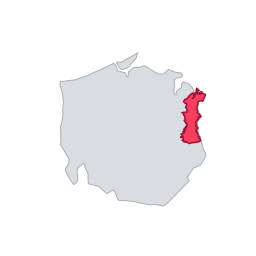 Kambia, Northern, Sierra Leone shown in context, rotated 135°
{"feature_id": "65957751B7874629800584", "entity_name": "Kambia", "entity_type": "district", "adm_level": 2, "iso_a3": "SLE", "parent_name": "Sierra Leone", "parent_adm1": "Northern", "projection": "mercator", "projection_center": [-13.013, 9.222], "detail": "fine", "context": "in_parent", "style": "filled", "palette": "rose", "viewbox_px": 256, "rotation_deg": 135, "n_neighbors": 0, "source": "geoboundaries", "source_scale": "gbopen_adm2", "svg_char_len": 6397}
<svg xmlns="http://www.w3.org/2000/svg" viewBox="0 0 256 256"><g transform="rotate(135 128 128)"><path d="M206.4,126.4L206.2,128.0L204.7,135.5L202.4,142.0L200.9,143.5L194.3,145.2L191.5,148.1L189.1,157.2L187.5,164.4L185.2,165.6L175.6,175.9L169.2,179.9L164.8,183.2L160.6,187.6L155.4,191.9L149.7,199.1L145.7,206.6L142.9,208.9L140.9,206.8L131.2,199.4L121.1,194.5L99.5,186.2L92.3,183.9L92.5,180.9L95.0,175.6L91.0,169.3L92.6,164.7L91.0,164.7L87.9,167.5L81.3,166.7L76.9,162.7L73.4,161.3L71.8,159.3L69.5,148.9L67.9,144.2L64.6,141.3L57.9,140.6L55.2,134.2L51.5,129.3L52.1,126.3L55.1,126.4L57.5,128.6L61.2,129.6L65.9,124.2L70.1,121.4L71.1,118.8L70.6,117.4L68.1,119.6L61.1,119.0L59.3,121.0L56.2,121.6L53.8,115.4L53.9,111.7L54.9,107.6L62.0,107.0L62.6,105.6L57.7,104.8L51.6,100.1L50.5,96.8L53.5,95.7L56.4,96.2L58.9,96.9L61.6,95.8L64.2,94.0L65.7,91.7L67.8,85.6L74.4,83.6L78.3,79.8L82.0,74.0L83.7,69.9L85.2,67.9L86.2,66.1L86.9,64.2L88.5,62.4L90.3,58.1L91.5,54.1L95.3,52.3L103.1,50.6L110.1,53.4L121.4,51.0L122.0,47.3L132.5,47.2L144.8,47.1L155.1,47.1L158.6,48.1L159.9,50.8L163.2,55.1L166.8,58.1L171.2,64.7L176.2,72.3L181.7,79.2L185.3,82.9L185.7,84.2L185.4,85.7L183.7,89.2L182.2,93.0L182.3,94.4L183.4,95.1L189.1,96.3L189.7,100.5L189.7,106.4L192.5,111.8L195.1,115.8L195.0,117.2L188.5,124.1L186.0,130.8L184.7,132.7L184.2,134.3L185.5,135.0L187.2,134.5L189.8,135.1L192.2,135.3L195.3,132.8L200.6,126.6L202.4,125.9L206.4,126.4ZM90.2,181.3L89.4,182.6L86.0,179.3L68.1,174.2L73.2,171.6L85.6,170.8L89.2,172.3L90.9,173.6L91.5,176.1L90.2,181.3Z" fill="#d9dde1" stroke="#a8b0b8" stroke-width="1"/><path d="M94.8,86.2L94.6,85.2L95.1,84.4L95.0,83.7L95.0,83.3L95.2,82.9L95.5,82.9L95.5,83.5L95.9,83.7L96.2,84.2L96.6,84.5L96.9,84.5L97.2,84.3L97.4,84.0L97.2,83.6L96.5,83.2L96.2,82.9L96.1,82.6L96.0,82.0L96.5,81.6L96.8,81.0L97.0,80.6L97.3,80.3L97.6,80.5L97.7,80.9L97.8,81.0L98.2,81.0L98.5,80.8L98.3,80.3L97.9,79.7L98.0,79.3L98.3,78.5L98.0,78.1L97.7,77.8L97.1,77.7L96.7,77.8L96.4,77.4L96.8,76.7L96.7,76.3L95.9,75.3L95.8,74.0L95.5,73.6L94.9,73.3L93.2,72.4L91.4,70.8L90.7,70.3L89.6,69.8L89.2,69.1L89.0,68.9L88.8,68.9L88.4,69.0L87.9,68.8L87.8,68.7L87.4,68.6L87.4,68.3L87.0,67.9L86.5,67.9L85.7,67.5L85.4,68.2L85.2,68.4L84.9,69.4L84.6,69.6L84.6,69.9L84.9,70.6L84.3,70.5L83.9,70.8L83.5,71.2L83.6,71.5L83.9,71.8L84.1,72.1L84.0,72.6L83.3,73.6L82.9,74.2L82.7,74.4L82.8,74.7L82.8,74.9L82.6,75.0L82.4,75.2L82.3,75.9L82.1,76.2L82.5,76.4L82.0,76.8L82.3,77.3L82.0,77.5L82.0,78.0L81.8,77.9L81.5,77.5L81.2,77.6L80.9,77.8L80.7,78.1L80.7,78.5L80.8,78.7L80.8,79.0L80.6,79.0L80.4,78.7L80.2,78.6L79.9,78.7L79.6,78.7L79.1,78.4L78.6,78.4L78.5,78.7L78.3,79.0L78.3,79.8L78.5,80.3L78.4,80.3L78.4,80.6L78.5,80.7L78.8,80.8L78.7,81.3L78.5,81.5L78.0,81.7L77.4,81.5L77.5,82.0L77.1,82.6L76.7,83.0L76.9,83.5L76.6,83.8L76.0,83.9L75.5,84.5L74.8,84.0L74.2,84.3L73.9,84.3L73.5,84.8L73.4,84.6L73.1,84.2L72.9,84.1L72.6,84.3L72.3,84.3L71.9,84.1L71.5,84.5L71.6,84.8L71.7,85.1L71.4,85.2L71.0,85.2L70.8,85.3L70.4,85.8L70.3,85.5L70.1,85.6L70.0,85.4L69.9,85.3L70.0,85.3L70.1,85.1L69.9,84.9L69.7,84.6L69.2,84.4L68.6,84.3L68.0,84.8L68.3,85.5L68.2,85.9L67.9,86.5L67.7,86.9L67.9,86.9L67.7,86.9L67.6,87.1L68.0,87.9L67.9,89.8L68.0,89.9L67.8,89.9L67.1,90.3L66.9,90.6L66.1,92.0L66.2,92.4L65.7,93.0L63.4,94.5L62.9,94.9L61.9,95.1L61.3,95.4L60.9,96.2L60.8,96.5L60.5,96.8L60.0,96.8L59.0,96.7L58.2,96.7L57.9,96.2L57.0,95.4L56.4,94.3L55.5,94.4L55.3,94.3L52.2,95.6L50.4,96.3L49.7,96.9L49.6,97.1L50.9,99.7L50.7,99.6L50.5,100.0L50.4,100.0L50.3,100.4L50.4,100.6L50.3,101.7L50.4,101.8L50.6,102.0L50.8,101.9L51.4,102.1L51.8,102.1L52.1,102.0L52.1,101.8L52.3,100.8L52.4,100.7L52.5,101.1L52.5,101.8L52.9,102.0L52.7,102.4L53.2,102.3L53.3,102.2L53.3,101.8L53.5,101.5L53.7,102.1L55.0,103.4L55.4,104.0L56.2,104.2L57.3,104.3L57.5,104.2L58.0,103.8L58.3,103.5L58.3,103.4L58.6,103.2L59.1,103.0L59.4,102.9L59.6,103.0L60.2,103.0L61.2,103.2L61.2,103.4L60.9,103.4L60.0,103.2L59.6,103.5L59.2,104.0L58.4,104.8L58.0,105.1L57.5,105.1L56.4,104.9L56.3,105.1L55.6,105.0L55.3,105.1L55.4,105.3L56.0,105.5L56.9,106.0L58.1,107.1L58.6,107.3L59.6,107.5L61.3,107.4L61.8,107.5L62.7,107.5L63.2,107.4L64.6,107.2L64.9,107.0L65.8,107.1L67.5,108.0L68.0,107.9L69.2,107.6L69.7,107.6L70.1,107.4L70.1,105.0L69.6,104.5L69.2,103.9L69.5,103.7L69.7,103.3L70.2,103.2L70.6,102.8L71.0,102.6L71.0,102.3L71.8,102.2L72.0,102.0L72.5,102.0L72.8,101.9L72.8,101.6L72.6,101.1L72.6,100.9L72.8,100.7L72.8,100.2L73.1,99.7L73.4,98.5L73.8,98.7L74.0,98.7L74.7,98.0L75.4,97.7L76.2,98.6L77.0,99.2L77.0,99.4L77.5,99.7L77.7,99.8L78.0,99.7L78.3,100.1L78.9,100.4L78.8,99.8L78.5,99.6L78.2,99.4L78.1,99.0L79.0,98.4L79.3,98.2L79.6,97.6L79.3,97.0L79.6,96.2L80.3,95.6L80.6,95.0L80.7,94.6L81.2,94.2L81.4,93.8L82.9,93.7L83.1,93.5L83.0,93.0L82.8,92.5L83.1,92.5L83.4,91.8L83.7,90.7L83.2,89.8L83.2,89.3L83.3,89.0L84.0,88.4L84.5,88.7L84.9,88.4L85.2,88.3L85.5,87.9L85.6,87.2L85.8,87.2L86.2,87.2L86.3,87.5L86.3,87.8L86.5,88.1L87.6,87.7L88.0,87.7L88.4,87.5L88.6,87.3L88.2,86.4L88.3,86.3L88.8,86.2L89.1,86.3L89.3,86.6L89.1,87.0L88.8,87.4L89.2,87.6L89.5,87.6L89.9,87.5L90.0,86.7L90.1,86.4L90.6,85.9L90.4,85.1L90.6,85.1L90.9,85.2L91.5,86.5L91.9,86.3L92.0,86.1L92.1,85.1L92.5,85.4L92.9,85.5L93.4,85.3L93.9,85.5L94.6,86.2L94.8,86.2ZM54.7,103.9L54.4,103.8L54.1,103.8L53.7,104.0L53.6,103.9L53.5,104.1L53.5,103.9L53.4,103.9L53.3,104.3L53.2,104.4L53.2,104.7L53.7,105.2L53.9,105.3L53.7,105.4L53.6,105.5L54.1,105.4L55.4,104.8L55.4,104.6L54.9,104.4L54.7,103.9ZM58.1,104.8L58.3,104.7L58.7,104.2L59.3,103.7L59.5,103.3L59.0,103.3L58.6,103.5L58.3,104.2L57.9,104.7L58.1,104.8ZM52.3,105.0L52.1,105.0L52.3,105.1L52.1,105.2L52.2,105.3L52.2,105.5L52.3,106.1L52.6,106.0L52.4,106.2L52.7,106.3L53.3,106.0L53.4,105.7L53.2,105.5L53.3,105.8L53.0,105.7L52.9,105.8L52.7,105.7L52.5,105.2L52.3,105.0ZM51.7,106.4L51.4,105.9L51.2,106.0L51.3,106.1L51.4,106.4L51.2,106.4L51.3,106.6L51.7,106.4ZM55.5,104.3L55.1,104.0L54.9,104.0L55.1,104.3L55.3,104.4L55.5,104.3ZM52.0,107.2L51.6,107.0L51.5,107.3L51.9,107.2L51.8,107.3L52.0,107.2ZM52.9,104.9L52.8,104.7L52.8,104.8L52.9,105.0L53.3,105.3L53.1,104.9L52.9,104.9ZM55.4,104.8L55.9,104.6L56.0,104.5L55.6,104.6L55.4,104.8ZM51.7,104.5L51.5,104.3L51.2,104.4L51.3,104.6L51.7,104.5ZM57.5,104.5L57.5,104.3L57.1,104.5L57.4,104.6L57.5,104.5ZM51.8,105.1L51.8,104.9L51.7,104.9L51.7,105.0L51.8,105.1ZM53.8,103.4L53.6,103.3L53.8,103.4L53.8,103.4ZM53.5,105.2L53.4,105.0L53.5,105.2ZM53.2,105.4L53.4,105.3L53.2,105.3L53.2,105.4Z" fill="#f43f5e" stroke="#9f1239" stroke-width="1.5"/></g></svg>